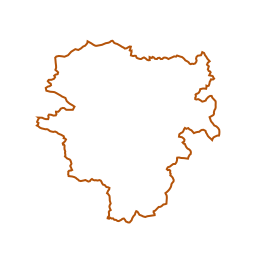 outline of Lipis, Pahang, Malaysia, rotated 285°
{"feature_id": "92858781B59638700004022", "entity_name": "Lipis", "entity_type": "district", "adm_level": 2, "iso_a3": "MYS", "parent_name": "Malaysia", "parent_adm1": "Pahang", "projection": "albers", "projection_center": [101.906, 4.344], "detail": "fine", "context": "isolated", "style": "outline", "palette": "amber", "viewbox_px": 256, "rotation_deg": 285, "n_neighbors": 0, "source": "geoboundaries", "source_scale": "gbopen_adm2", "svg_char_len": 5640}
<svg xmlns="http://www.w3.org/2000/svg" viewBox="0 0 256 256"><g transform="rotate(285 128 128)"><path d="M66.2,83.1L66.7,86.6L66.7,88.9L66.3,90.6L65.7,91.7L65.2,93.2L64.5,94.3L64.5,96.1L65.8,98.7L66.7,100.3L66.4,101.9L66.0,103.5L66.8,104.9L68.4,105.5L69.4,106.4L68.8,107.9L68.8,109.5L69.3,110.4L69.3,111.4L69.4,112.3L70.3,113.9L70.1,115.3L69.3,116.2L68.0,117.2L66.8,118.6L66.9,120.2L65.4,122.4L65.6,124.1L65.3,125.6L63.7,125.7L62.5,125.1L59.6,124.6L59.2,125.7L57.7,127.6L56.6,128.1L55.1,128.6L53.4,129.1L52.0,129.9L50.6,130.8L48.5,130.3L47.1,130.4L45.7,131.3L44.3,132.5L43.4,131.6L41.9,131.2L39.9,132.0L38.2,132.4L36.6,131.6L35.5,131.7L35.5,133.2L36.7,134.0L36.5,134.8L36.3,135.6L36.7,136.5L36.8,137.0L36.2,137.8L35.8,138.5L36.0,139.3L36.1,140.2L35.5,141.9L35.7,143.2L37.6,145.3L38.8,146.1L39.5,147.4L38.6,148.8L37.2,150.1L36.8,152.6L37.2,154.0L39.7,155.3L42.0,155.5L44.2,156.1L46.1,157.1L48.0,157.1L49.8,157.5L49.6,158.8L48.2,160.4L47.1,161.5L46.9,163.6L46.5,165.6L46.5,167.7L47.8,169.6L50.7,176.3L51.9,175.9L53.1,174.6L54.2,174.3L55.3,175.7L59.0,177.7L59.7,178.1L60.1,179.4L61.1,180.6L63.3,182.0L63.9,183.4L64.8,184.7L70.5,183.6L71.8,183.2L73.0,182.7L73.8,181.8L74.8,181.0L76.2,182.1L77.8,183.1L79.5,183.9L81.8,184.6L83.6,184.7L84.9,184.5L86.5,185.0L88.1,185.8L89.6,185.6L91.6,184.0L92.6,182.6L93.2,181.1L94.8,181.1L95.5,180.3L97.6,179.9L98.3,178.9L97.6,177.3L98.3,176.1L100.3,176.6L101.8,178.7L102.9,179.4L104.9,181.0L105.5,182.9L107.3,183.6L109.1,183.7L110.2,183.6L111.3,183.2L112.1,183.2L112.7,184.9L112.8,187.1L113.4,189.9L113.9,193.9L115.8,193.9L118.0,194.5L119.1,195.3L121.0,195.0L122.3,194.1L123.2,192.5L123.5,190.9L124.5,189.4L125.8,188.2L127.3,187.1L127.3,185.8L128.2,184.5L129.5,185.7L131.3,185.6L132.2,184.6L133.1,182.4L132.9,181.0L132.8,179.5L135.2,179.2L136.8,180.4L138.0,181.8L140.0,182.4L141.2,182.4L142.8,183.0L142.3,184.5L143.5,186.2L142.6,187.7L142.2,189.9L141.1,191.5L140.1,193.0L141.2,194.4L142.1,196.0L142.8,197.8L144.4,198.9L145.3,199.9L145.8,201.4L145.3,203.6L143.7,204.6L142.6,205.8L141.0,207.2L140.0,208.8L139.0,210.9L138.1,212.4L139.3,212.5L141.1,213.1L142.3,214.4L143.8,216.2L144.2,217.8L145.5,217.8L147.9,217.3L149.8,216.6L151.2,215.2L152.4,213.0L152.8,210.6L154.7,208.4L155.1,207.6L156.3,206.2L157.7,205.3L159.6,204.0L161.3,205.8L162.6,207.1L164.0,207.4L165.4,206.9L166.5,206.9L167.6,206.9L169.2,207.4L170.8,207.3L172.8,206.7L175.0,206.2L176.5,205.7L177.6,204.0L179.1,201.6L180.6,200.5L180.2,199.0L178.8,197.6L177.1,196.7L175.9,196.1L174.7,196.0L173.5,194.4L172.7,192.9L173.0,192.1L173.5,190.9L173.7,189.8L174.1,188.7L173.8,187.8L173.2,186.6L173.3,185.5L174.6,185.1L175.5,185.4L176.8,185.2L177.7,184.6L178.7,185.2L179.1,186.1L180.5,187.3L182.5,187.8L184.2,187.7L185.5,190.1L185.8,191.1L186.1,193.3L187.8,193.2L189.2,192.8L189.1,194.1L189.7,195.0L191.2,195.2L192.7,195.1L193.9,195.0L195.0,195.4L196.5,195.6L196.6,196.6L197.0,197.8L198.0,198.4L198.7,197.5L199.8,196.7L200.1,195.7L200.0,194.3L199.9,192.8L201.0,193.0L203.2,193.4L203.9,192.5L204.0,191.2L205.4,189.9L205.9,190.0L208.5,190.1L209.1,188.9L209.6,187.9L211.7,188.2L213.6,189.6L215.1,187.3L215.4,186.8L217.0,185.2L218.3,183.5L220.1,182.1L220.5,180.1L219.1,180.0L217.2,179.7L216.6,178.4L215.9,176.7L214.4,175.8L212.5,175.8L211.0,176.8L209.6,176.8L207.7,176.1L206.8,174.7L206.7,173.2L205.9,172.1L206.1,170.8L207.2,169.5L207.7,168.1L208.2,165.8L208.9,165.0L209.8,163.5L210.5,161.9L210.5,160.3L210.7,156.6L209.4,156.0L209.1,154.0L207.8,152.5L206.1,150.3L205.1,149.2L205.7,147.1L205.6,145.4L205.0,144.1L203.6,143.3L203.1,141.8L204.0,140.3L203.4,138.8L202.1,138.1L201.8,136.2L202.9,134.5L203.0,133.3L201.8,132.9L201.8,132.2L202.1,130.5L200.3,131.0L199.2,131.4L198.7,130.1L198.9,128.6L199.8,127.0L200.3,125.2L199.3,123.9L198.2,123.1L197.8,122.0L197.8,119.8L198.1,118.2L199.7,116.9L199.5,115.7L198.8,114.3L198.9,112.0L201.1,111.7L202.3,111.8L203.6,111.4L203.2,110.9L203.4,109.6L205.5,109.7L207.3,109.7L207.2,108.6L206.2,107.5L204.7,106.1L203.9,104.4L204.6,102.8L204.7,101.7L205.5,99.2L205.9,97.7L206.4,95.8L206.4,93.8L206.8,92.3L207.9,91.2L208.2,90.2L207.4,89.0L206.2,88.2L205.3,87.0L204.1,84.5L201.6,81.3L199.3,76.5L199.0,75.2L199.4,73.2L200.3,70.6L201.3,66.5L199.3,66.7L196.4,65.3L195.1,63.6L192.6,61.9L190.5,59.8L190.5,56.7L187.0,53.4L182.8,51.3L180.4,48.2L180.2,45.9L179.7,42.6L178.5,40.3L177.0,39.5L175.0,40.3L172.2,41.3L169.5,42.4L167.5,43.0L165.4,42.8L164.6,44.4L163.7,46.1L161.8,46.1L160.8,44.2L159.4,43.2L158.3,44.4L156.4,43.8L154.8,41.7L154.0,39.0L152.5,38.4L151.3,40.1L150.8,41.9L149.4,42.6L148.1,41.5L147.3,39.9L145.4,38.2L142.9,39.5L142.9,43.4L143.4,46.1L143.6,47.8L143.1,50.1L141.9,54.6L141.3,56.3L141.1,58.0L140.8,59.8L139.6,60.7L138.1,61.9L136.9,64.2L136.3,65.7L135.7,68.1L134.8,70.8L131.3,70.0L130.9,68.6L130.2,65.9L129.6,63.6L130.7,61.3L130.5,59.8L129.2,58.0L127.5,57.5L125.7,56.5L125.1,54.2L124.4,54.4L123.0,55.3L121.5,55.0L120.7,52.8L120.9,50.3L120.5,48.2L119.2,47.8L117.6,48.6L115.9,48.6L115.3,46.3L115.3,44.7L115.7,42.4L114.9,38.9L114.6,39.7L113.2,39.0L110.4,38.6L110.1,38.8L109.7,40.2L108.1,40.2L106.8,39.4L106.5,40.9L105.6,42.6L105.3,44.5L105.4,48.5L105.9,50.1L105.7,51.5L105.1,52.7L104.8,53.7L104.8,55.2L104.9,56.9L105.7,58.5L105.4,60.4L104.6,61.9L104.3,63.7L104.1,65.6L103.7,66.7L103.5,67.9L102.5,68.6L101.5,68.5L101.4,70.2L100.9,71.1L98.8,70.6L96.3,68.9L95.1,69.6L95.4,70.5L94.5,71.3L93.0,71.6L91.2,72.1L89.0,73.5L87.6,73.6L86.5,74.2L85.3,74.6L84.3,74.4L83.8,75.2L83.4,76.1L82.8,77.1L82.5,79.7L81.9,80.7L80.8,81.5L78.9,82.6L78.0,82.5L76.8,82.0L75.9,82.3L75.3,83.1L74.0,83.9L73.0,84.9L72.3,84.2L71.9,83.1L71.5,82.2L70.4,81.6L69.6,81.9L68.6,82.1L67.7,82.2L67.1,82.7L66.2,83.1Z" fill="none" stroke="#b45309" stroke-width="2"/></g></svg>